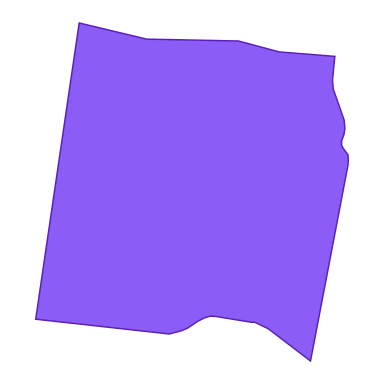 an SVG outline of Trelawny
{"feature_id": "JAM-1375", "entity_name": "Trelawny", "entity_type": "Parish", "adm_level": 1, "iso_a3": "JAM", "parent_name": "Jamaica", "parent_adm1": "", "projection": "robinson", "projection_center": [-77.552, 18.351], "detail": "fine", "context": "isolated", "style": "filled", "palette": "violet", "viewbox_px": 384, "rotation_deg": 0, "n_neighbors": 0, "source": "natural_earth", "source_scale": "10m", "svg_char_len": 490}
<svg xmlns="http://www.w3.org/2000/svg" viewBox="0 0 384 384"><path d="M79.2,23.0L146.4,39.1L238.4,41.0L279.1,51.9L334.9,56.4L334.6,58.6L332.5,80.2L333.3,89.2L344.1,120.0L344.9,127.8L344.1,134.1L341.6,141.0L341.6,144.9L342.9,147.9L348.0,154.8L348.3,159.8L348.0,165.1L310.5,361.0L268.2,328.7L254.6,322.2L251.6,322.3L215.4,316.4L210.0,316.2L204.7,317.8L197.7,321.3L187.3,328.3L181.5,330.7L169.3,334.0L35.7,319.2L78.9,25.0L79.2,23.0Z" fill="#8b5cf6" stroke="#5b21b6" stroke-width="1.5"/></svg>